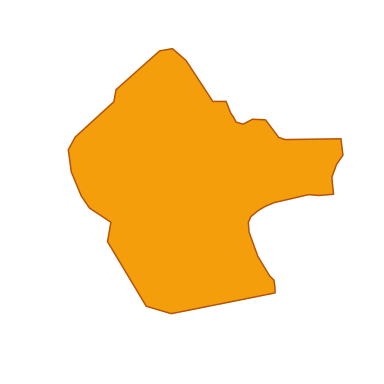 Cerknica, Natural Earth projection, rotated 24°
{"feature_id": "SVN-943", "entity_name": "Cerknica", "entity_type": "Municipality", "adm_level": 1, "iso_a3": "SVN", "parent_name": "Slovenia", "parent_adm1": "", "projection": "natural_earth1", "projection_center": [14.404, 45.799], "detail": "fine", "context": "isolated", "style": "filled", "palette": "amber", "viewbox_px": 384, "rotation_deg": 24, "n_neighbors": 0, "source": "natural_earth", "source_scale": "10m", "svg_char_len": 685}
<svg xmlns="http://www.w3.org/2000/svg" viewBox="0 0 384 384"><g transform="rotate(24 192 192)"><path d="M249.1,106.9L255.8,106.2L306.4,82.8L314.9,96.9L312.8,107.9L313.8,121.7L322.2,136.5L309.5,143.5L299.4,147.1L271.6,168.1L264.7,175.4L260.1,181.9L255.8,190.5L255.8,196.8L260.5,205.5L278.3,224.0L297.1,237.1L302.7,239.2L306.5,245.2L308.9,250.4L294.0,261.0L222.5,311.6L196.7,315.0L135.0,271.7L130.2,252.6L105.0,248.4L92.6,240.8L73.6,222.8L61.8,203.7L63.0,189.2L83.9,141.3L81.0,129.4L105.0,76.3L115.8,69.0L132.9,74.2L174.2,100.8L186.3,95.4L195.1,104.0L199.5,106.8L204.0,110.2L211.2,109.2L217.7,100.9L229.8,96.2L249.1,106.9Z" fill="#f59e0b" stroke="#b45309" stroke-width="1.5"/></g></svg>